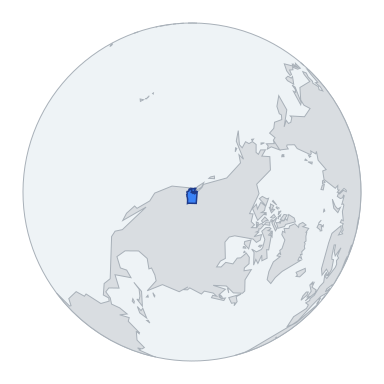 Washington highlighted on a globe, orthographic projection, rotated 96°
{"feature_id": "USA-3519", "entity_name": "Washington", "entity_type": "State", "adm_level": 1, "iso_a3": "USA", "parent_name": "United States of America", "parent_adm1": "", "projection": "orthographic", "projection_center": [-122.689, 47.279], "detail": "fine", "context": "on_globe", "style": "filled", "palette": "blue", "viewbox_px": 384, "rotation_deg": 96, "n_neighbors": 0, "source": "natural_earth", "source_scale": "10m", "svg_char_len": 13829}
<svg xmlns="http://www.w3.org/2000/svg" viewBox="0 0 384 384"><g transform="rotate(96 192 192)"><circle cx="192" cy="192" r="169" fill="#eef3f6" stroke="#a8b0b8"/><path d="M55.4,288.1L55.8,289.0L55.7,288.9L55.4,288.1ZM306.7,316.1L318.2,301.8L317.7,300.4L310.9,303.4L303.2,296.8L306.9,288.1L304.5,286.7L312.4,271.0L309.2,263.0L306.1,263.7L303.7,269.4L292.2,269.8L286.8,264.3L244.7,267.3L239.0,264.4L236.7,257.3L211.8,236.1L227.6,257.9L220.0,254.9L211.9,247.6L214.0,245.0L205.3,233.1L197.0,229.0L188.2,212.5L188.1,189.3L192.2,192.5L191.7,186.9L186.5,182.6L183.2,181.3L174.4,158.9L158.0,146.8L150.0,149.2L154.0,144.2L136.8,153.3L126.1,152.4L140.0,149.8L142.8,146.7L136.4,144.0L137.9,140.4L135.6,137.2L138.0,133.2L145.9,132.4L147.6,129.9L143.0,128.2L142.4,123.4L149.0,126.3L148.7,118.3L161.9,116.3L177.5,128.5L186.6,125.2L207.5,132.5L207.4,129.0L215.3,130.0L218.1,126.4L221.2,129.1L220.8,123.9L217.4,122.1L216.1,119.4L217.5,117.2L221.6,120.1L221.6,121.7L223.5,121.4L225.0,123.9L225.0,121.5L229.9,125.6L227.1,118.4L232.7,119.1L235.4,122.7L232.4,126.3L231.1,144.9L232.9,150.3L238.4,154.0L254.6,151.9L257.7,156.5L263.9,159.7L263.5,155.2L258.5,151.1L259.2,143.8L253.0,140.1L252.4,136.7L247.1,131.6L250.9,128.2L257.4,127.8L261.9,132.0L264.9,132.0L263.0,124.9L273.8,130.1L285.0,129.2L287.4,131.2L288.0,140.3L281.9,148.0L282.6,161.2L285.2,148.6L291.3,154.4L293.6,153.9L295.0,151.4L293.9,147.7L296.6,149.0L295.1,161.6L292.6,160.6L293.1,156.5L290.3,160.3L289.3,169.4L292.5,172.0L287.6,184.2L289.8,186.3L290.0,190.4L286.8,186.1L292.5,194.3L287.2,211.7L294.9,226.2L284.1,218.4L278.3,220.3L271.8,224.3L273.0,226.8L262.8,229.6L256.2,238.9L257.5,252.4L264.1,259.9L275.0,255.3L276.5,248.8L283.6,243.7L282.3,259.9L295.2,254.5L296.1,264.7L300.3,267.3L305.9,262.2L311.9,260.3L314.8,251.8L320.1,243.7L321.7,251.1L323.5,241.3L327.2,241.9L336.9,230.2L336.6,232.8L345.0,231.2L351.7,223.1L353.3,225.4L352.7,229.9L354.5,226.5L354.5,228.5L359.4,213.5L359.9,210.7L358.2,222.6L355.6,234.4L352.1,246.0L347.9,257.2L342.8,268.2L337.0,278.7L330.4,288.9L323.2,298.5L315.3,307.6L306.7,316.1ZM104.9,253.3L105.3,249.8L107.3,252.8L104.9,253.3ZM104.0,247.0L104.2,248.4L103.7,247.2L104.0,247.0ZM102.6,245.8L103.6,246.7L102.4,246.0L102.6,245.8ZM100.7,244.6L101.8,245.1L101.6,245.2L100.7,244.6ZM296.1,231.8L310.7,229.4L304.2,235.7L305.1,233.4L301.1,232.9L294.1,234.5L287.9,240.4L296.1,231.8ZM98.1,241.5L97.5,240.7L98.6,240.8L98.1,241.5ZM298.6,219.4L296.2,220.4L298.3,218.8L298.6,219.4ZM181.4,181.3L186.2,183.0L190.4,188.4L186.2,187.3L181.4,181.3ZM173.8,171.4L176.4,171.0L176.7,176.7L175.1,175.2L173.8,171.4ZM143.9,152.0L147.5,153.2L143.5,153.3L143.9,152.0ZM134.9,137.4L133.4,138.3L132.9,136.3L134.9,137.4ZM245.4,133.8L246.2,132.7L246.8,134.2L245.4,133.8ZM242.3,132.7L242.3,135.3L240.9,135.2L240.9,133.6L242.3,132.7ZM136.0,128.5L135.6,125.1L137.4,128.3L136.0,128.5ZM242.6,129.7L238.3,134.6L235.7,134.4L233.6,128.3L242.6,129.7ZM136.3,123.1L135.3,115.3L131.9,116.5L141.0,109.1L138.8,117.9L141.5,121.6L138.3,121.0L136.3,123.1ZM215.8,122.6L219.4,124.3L215.1,124.9L215.8,122.6ZM213.3,123.7L202.1,130.1L197.4,126.7L202.1,125.1L195.1,122.5L198.3,117.5L202.9,117.9L205.3,121.0L204.8,116.8L213.3,123.7ZM146.1,106.4L147.1,104.5L147.6,106.4L146.1,106.4ZM215.3,118.3L213.4,119.8L209.2,116.9L212.2,113.3L212.6,115.4L215.3,118.3ZM191.6,124.3L189.0,121.6L191.0,116.9L190.2,115.2L198.0,117.1L191.6,124.3ZM214.2,115.0L213.8,111.7L217.0,111.1L216.8,116.7L214.2,115.0ZM206.9,117.6L205.1,116.1L207.0,115.8L206.9,117.6ZM228.2,107.7L226.0,109.4L223.7,107.9L228.2,107.7ZM213.4,110.5L212.3,110.7L211.2,110.4L211.6,108.2L213.4,110.5ZM198.8,113.8L200.2,112.4L195.7,112.7L197.0,109.3L202.0,111.3L200.4,109.0L200.8,108.0L204.4,110.8L198.8,113.8ZM208.4,105.0L215.2,106.7L219.7,103.8L221.9,105.0L214.3,109.4L208.4,105.0ZM205.7,108.1L207.9,106.4L209.6,108.6L209.1,111.1L205.7,108.1ZM196.1,106.4L192.9,111.1L191.9,110.5L196.1,106.4ZM209.4,103.7L207.7,103.4L209.5,103.3L209.4,103.7ZM199.8,105.1L198.8,106.7L197.7,106.0L199.8,105.1ZM205.3,101.4L207.5,101.9L207.2,103.5L205.3,101.4ZM202.5,102.7L201.3,101.4L205.8,103.9L202.2,103.6L202.5,102.7ZM198.9,104.1L198.0,104.3L199.5,103.5L198.9,104.1ZM204.9,95.0L210.8,97.7L210.2,101.3L204.7,98.1L204.9,95.0ZM349.9,131.8L349.8,131.7L345.9,122.8L342.9,118.1L314.4,79.7L311.0,74.4L291.5,56.2L289.5,54.5L294.7,57.9L292.2,56.0L301.7,63.5L310.6,71.6L318.9,80.4L326.5,89.8L333.5,99.6L339.7,110.0L345.2,120.7L349.9,131.8ZM259.3,37.0L259.5,37.1L242.7,30.9L227.2,26.7L243.5,31.1L259.3,37.0ZM226.3,26.6L226.0,26.5L233.9,28.8L227.8,27.8L236.4,29.8L234.7,29.0L240.0,30.4L241.9,31.3L239.7,30.8L243.9,32.4L253.5,35.0L252.8,34.5L265.4,40.0L265.4,39.8L269.9,42.1L271.2,43.2L269.2,42.5L274.2,47.8L277.4,48.9L273.0,44.2L275.4,45.7L279.7,47.9L278.4,47.5L282.4,53.0L292.1,60.7L308.7,72.9L313.5,78.6L315.7,83.2L305.4,77.9L295.8,66.0L292.1,64.5L290.4,67.3L287.6,63.6L285.8,63.5L281.8,59.5L272.6,55.1L268.0,51.6L261.0,51.3L257.7,49.7L262.8,50.2L263.9,48.9L252.0,41.6L248.8,40.6L245.1,41.1L242.3,39.3L240.4,40.8L231.9,38.0L240.6,42.9L236.6,44.3L229.6,43.7L229.8,45.1L241.2,46.2L244.3,45.9L244.5,44.2L254.4,45.0L259.2,47.3L254.7,50.2L261.1,54.0L254.8,55.2L228.0,50.7L218.5,48.5L210.1,40.4L214.3,39.5L219.4,41.8L217.8,37.8L216.4,39.0L214.1,37.7L209.7,39.1L207.8,38.2L206.8,41.3L204.0,40.4L204.7,38.5L195.8,40.4L189.1,39.6L188.0,40.5L188.7,41.7L179.8,40.2L179.3,41.0L182.1,41.7L183.0,43.8L181.2,47.0L178.2,46.3L178.5,45.0L174.5,41.6L175.6,38.6L174.2,38.7L172.5,41.2L177.4,45.3L177.1,47.5L174.2,45.6L175.2,46.5L174.2,47.4L170.3,47.7L173.3,49.9L165.7,62.0L157.4,64.2L155.7,60.9L147.2,69.9L138.6,72.5L141.1,73.0L138.8,78.2L141.5,77.4L142.5,78.1L137.8,91.9L134.3,95.0L135.2,102.3L136.5,102.7L139.1,100.8L141.0,109.1L131.9,116.5L129.3,115.1L125.3,121.0L120.1,117.3L114.0,117.2L110.6,110.3L106.0,111.1L105.0,113.4L98.0,116.5L87.1,115.8L100.4,106.3L117.6,107.2L111.0,105.7L113.8,103.2L112.3,101.0L107.5,100.5L106.1,102.2L105.4,88.0L96.6,83.3L94.0,89.7L89.1,93.5L76.8,95.6L69.8,86.4L63.2,92.9L60.7,94.4L61.7,90.8L65.4,88.5L69.3,83.7L71.2,83.2L74.1,77.3L77.0,76.3L77.8,72.5L74.0,75.4L70.4,80.7L69.8,78.4L62.1,86.5L57.8,90.5L58.4,88.6L66.5,78.9L75.2,69.9L84.6,61.5L94.6,53.9L105.2,47.1L116.2,41.0L127.6,35.8L139.4,31.4L151.5,28.0L163.8,25.4L176.3,23.8L188.8,23.1L201.4,23.3L213.9,24.5L226.3,26.6ZM327.2,92.5L328.7,94.0L327.2,92.5ZM204.1,23.5L206.7,23.8L200.9,23.4L200.6,23.7L204.3,24.0L214.2,24.6L210.8,24.1L204.1,23.5ZM337.2,229.7L338.5,229.7L337.1,231.7L337.2,229.7ZM304.3,239.7L306.9,237.9L308.6,238.1L306.8,240.1L304.3,239.7ZM324.2,222.1L326.7,220.2L324.5,223.6L324.2,222.1ZM312.8,228.8L322.1,223.9L317.7,231.3L311.6,234.4L315.3,230.3L312.8,228.8ZM299.3,225.1L301.1,224.5L301.2,226.4L299.3,225.1ZM300.1,218.2L299.5,218.9L298.2,218.2L300.1,218.2ZM291.4,153.7L291.6,152.7L293.5,150.8L293.5,153.0L291.4,153.7ZM296.4,135.7L300.7,138.3L297.7,137.8L298.5,141.1L293.2,144.4L288.4,132.5L291.5,137.1L296.4,135.7ZM284.7,146.0L288.6,144.9L284.5,146.5L284.7,146.0ZM279.5,67.8L279.3,65.9L282.6,66.9L288.3,72.3L283.7,70.8L279.5,67.8ZM278.3,63.1L272.2,65.1L268.4,62.1L271.6,63.4L269.6,61.2L274.2,62.7L276.4,58.3L279.5,59.0L288.5,68.0L283.9,64.5L284.4,66.5L278.3,63.1ZM263.7,78.5L261.0,80.1L256.1,71.4L259.2,70.9L265.1,76.0L265.1,79.6L263.7,78.5ZM239.8,118.3L239.1,120.1L237.9,119.2L237.6,116.9L239.8,118.3ZM227.3,108.6L241.6,109.7L241.5,111.7L250.0,110.4L253.1,115.3L247.5,116.0L256.2,119.0L252.4,121.5L258.3,123.1L245.6,124.0L242.5,126.7L244.8,121.7L242.0,117.1L239.9,115.9L231.6,114.6L223.7,118.5L219.7,114.8L219.0,111.1L220.3,109.6L222.5,112.4L222.6,108.4L226.8,111.4L227.3,108.6ZM212.9,75.1L214.9,78.2L216.0,72.1L220.1,74.4L220.0,73.6L224.1,74.1L228.9,73.5L230.4,75.0L231.6,74.1L234.3,74.6L236.5,73.9L239.9,76.6L242.8,76.0L242.8,77.6L246.9,76.0L245.4,78.4L248.8,79.5L248.5,76.6L261.6,94.1L268.3,100.2L274.8,104.1L271.3,108.1L263.0,107.2L253.0,103.8L247.1,97.6L246.6,100.8L243.6,98.8L245.2,97.1L240.9,98.6L238.9,96.6L230.0,94.6L225.0,98.2L221.6,97.8L222.6,95.3L218.6,96.6L218.1,91.8L215.7,91.4L212.8,86.4L216.0,82.3L213.0,82.2L210.7,78.7L212.9,75.1ZM204.3,93.5L207.2,87.6L210.9,86.1L214.4,95.4L216.7,96.4L219.1,102.7L213.6,104.9L213.5,102.8L212.0,101.4L214.3,101.3L211.4,100.3L211.1,97.5L208.7,96.1L210.3,94.5L204.3,93.5ZM285.6,51.9L283.7,50.5L280.4,48.4L283.1,49.8L285.6,51.9ZM288.5,55.6L286.6,54.1L288.8,54.8L290.7,56.3L288.5,55.6ZM283.7,53.0L286.3,54.0L286.0,54.4L283.7,53.0ZM260.8,49.1L258.5,47.9L259.0,47.5L261.1,47.9L260.8,49.1ZM216.9,58.8L217.4,60.5L216.3,60.6L214.1,64.0L210.9,62.7L210.9,60.2L216.9,58.8ZM213.0,58.0L212.5,59.5L211.1,57.9L213.0,58.0ZM208.4,62.0L206.5,60.5L210.2,63.0L208.4,62.0ZM52.8,96.2L54.3,94.2L54.5,94.1L52.2,97.2L52.0,97.4L52.8,96.2ZM184.4,51.7L191.1,48.1L193.7,45.2L191.8,42.8L197.3,44.8L193.3,49.3L184.4,51.7ZM168.3,60.6L170.0,63.1L167.4,63.4L166.6,62.8L168.3,60.6ZM170.6,61.2L176.2,61.7L176.0,64.0L171.6,63.1L170.6,61.2ZM194.8,58.9L197.0,57.9L198.0,59.1L194.8,58.9ZM52.9,286.1L54.7,288.9L53.1,286.8L52.9,286.1ZM55.7,288.9L53.7,286.6L55.4,288.1L55.7,288.9ZM39.2,264.0L40.3,266.2L40.0,265.8L39.2,264.0ZM38.6,262.8L38.4,262.2L39.1,263.9L38.6,262.8ZM31.2,243.8L31.4,244.1L31.8,245.3L31.2,243.8ZM30.2,240.3L29.3,237.3L29.1,236.7L30.2,240.3ZM29.7,238.3L29.3,236.8L30.6,241.5L29.7,238.3ZM27.5,230.2L28.9,235.8L27.5,230.1L27.5,230.2ZM27.1,228.5L26.4,225.2L27.1,228.5ZM25.0,217.8L26.1,223.7L26.1,224.0L25.7,221.9L25.0,217.8ZM24.0,210.4L24.2,211.5L24.2,211.4L24.0,210.4ZM23.5,204.7L23.9,209.1L24.4,213.6L24.4,213.4L23.5,204.7ZM54.2,104.3L56.4,102.3L55.6,105.1L54.3,105.7L54.2,104.3ZM54.9,113.6L56.1,105.3L57.4,99.1L55.6,101.9L53.3,102.5L57.6,97.2L58.8,99.9L57.3,105.0L59.9,104.4L60.5,107.7L64.7,105.3L65.9,106.6L61.6,110.5L54.9,113.6ZM66.6,104.1L74.2,102.1L71.3,108.7L69.0,110.7L66.8,108.7L68.4,105.2L66.6,104.1ZM75.2,103.6L76.9,100.4L91.5,92.8L93.9,93.0L81.2,101.7L82.1,99.3L79.0,100.1L75.2,103.6ZM145.3,104.5L146.9,104.5L145.3,105.7L145.3,104.5ZM144.1,77.6L145.2,78.7L143.3,79.9L144.1,77.6ZM147.4,82.7L148.8,80.5L148.6,83.1L147.4,82.7ZM151.6,75.7L149.9,79.8L149.7,75.5L151.6,75.7Z" fill="#d9dde1" stroke="#a8b0b8" stroke-width="1"/><path d="M191.9,186.9L202.9,186.6L203.5,194.2L203.7,194.6L203.8,194.9L203.7,195.0L203.9,195.3L199.5,195.6L199.4,195.8L198.4,195.9L198.2,196.0L197.7,196.2L197.3,196.3L197.1,196.5L196.9,196.5L196.6,196.6L196.2,196.5L195.7,196.8L195.4,196.8L195.2,196.9L195.1,196.7L194.9,196.6L194.3,196.6L194.0,196.6L193.8,196.6L193.5,196.8L192.9,197.0L192.5,197.0L192.3,196.9L192.0,196.9L191.9,196.8L191.9,196.7L191.9,196.4L191.8,196.1L191.8,195.8L191.7,195.7L191.4,195.4L191.1,195.2L190.8,195.3L190.6,195.2L190.4,195.0L190.1,195.0L190.0,194.9L189.8,195.0L189.7,194.9L189.6,195.0L189.4,194.8L189.2,194.9L189.2,195.0L189.2,194.5L189.2,193.9L189.3,193.9L189.3,194.1L189.3,194.6L189.5,194.5L189.5,194.4L189.6,194.2L189.4,193.9L189.6,194.0L189.5,193.8L189.5,193.7L189.7,193.8L189.8,193.8L189.8,193.7L189.6,193.5L189.4,193.6L189.2,193.6L189.1,193.1L189.2,193.3L189.3,193.3L189.3,193.2L189.2,193.2L189.3,193.1L189.7,192.9L189.3,192.8L189.3,192.7L189.1,192.7L189.1,192.9L189.1,193.0L189.0,192.7L189.0,192.2L188.9,191.9L188.7,191.7L188.7,191.2L188.6,190.6L188.4,190.4L188.3,190.2L188.2,190.2L188.1,189.9L188.1,189.5L188.0,189.3L188.1,189.2L188.1,188.9L188.0,188.7L188.3,188.7L188.6,189.0L188.8,189.1L189.0,189.1L189.3,189.3L189.5,189.4L189.8,189.4L190.0,189.4L190.2,189.5L190.3,189.4L190.4,189.5L190.6,189.5L190.9,189.5L191.1,189.4L191.3,189.5L191.4,189.8L191.4,189.6L191.5,189.6L191.7,189.8L191.6,189.6L191.8,189.5L192.1,190.2L192.0,190.3L191.9,190.5L191.8,190.8L191.7,190.8L191.8,190.5L191.8,190.3L191.7,190.5L191.7,190.4L191.6,190.5L191.6,190.9L191.3,191.2L191.3,191.4L191.1,191.5L191.1,191.8L191.6,191.7L191.3,191.7L191.2,191.7L191.3,191.3L191.5,191.1L191.9,190.9L191.9,190.6L192.1,190.3L192.1,190.0L192.3,190.2L192.4,190.5L192.2,190.7L192.2,190.8L192.1,190.7L192.1,190.8L192.2,191.1L192.0,190.9L192.0,191.0L192.0,191.3L192.3,191.1L192.3,191.3L192.3,191.7L192.2,191.8L192.3,191.9L192.2,192.0L192.0,191.9L192.1,191.7L191.9,191.8L191.9,192.0L191.9,192.3L191.7,192.1L191.8,192.0L191.8,191.9L191.8,191.7L191.7,191.9L191.5,192.0L191.4,192.3L191.2,192.4L191.3,192.4L191.2,192.5L191.5,192.3L191.4,192.5L191.5,192.4L191.5,192.6L191.6,192.4L191.9,192.6L192.1,192.4L192.2,192.2L192.3,192.0L192.3,191.9L192.5,192.0L192.5,191.9L192.7,191.7L192.6,191.4L192.6,191.1L192.5,190.9L192.6,190.7L192.6,190.3L192.7,190.2L192.9,189.9L193.0,189.8L192.9,189.8L192.7,189.6L192.6,189.2L192.5,189.3L192.4,189.4L192.5,189.5L192.4,189.4L192.3,189.1L192.5,189.1L192.4,188.8L192.2,188.7L192.3,188.6L192.2,188.6L192.0,188.4L192.2,188.5L192.2,188.4L192.3,188.5L192.4,188.3L192.2,188.1L192.3,188.2L192.5,188.2L192.4,188.0L192.4,187.9L192.4,187.7L192.2,187.6L192.0,187.4L191.8,187.3L191.8,187.2L191.9,186.9ZM192.6,189.8L192.7,190.0L192.4,189.9L192.3,190.0L192.2,189.9L192.2,189.7L192.2,189.4L191.9,189.3L191.9,189.1L192.1,188.7L192.2,188.8L192.3,188.9L192.3,189.0L192.2,189.0L191.9,189.2L192.0,189.2L192.2,189.3L192.3,189.9L192.3,189.7L192.6,189.8ZM191.4,188.4L191.5,188.5L191.3,188.5L191.1,188.4L191.0,188.1L191.4,188.3L191.4,188.4ZM191.9,187.9L191.7,188.1L191.6,187.8L191.7,188.1L191.4,188.0L191.6,187.8L191.9,187.9ZM192.5,191.6L192.4,191.8L192.5,191.7L192.4,191.7L192.4,191.8L192.4,191.5L192.4,191.4L192.5,191.3L192.5,191.6ZM191.7,188.3L191.7,188.5L191.8,188.5L191.7,188.6L191.5,188.4L191.6,188.2L191.7,188.3ZM192.4,191.0L192.2,191.0L192.2,190.9L192.3,190.7L192.4,190.8L192.4,191.0ZM191.6,192.0L191.7,192.3L191.5,192.1L191.7,191.9L191.6,192.0ZM191.9,189.6L192.0,189.6L192.0,189.9L191.9,189.7L192.0,189.7L191.9,189.6ZM192.0,192.3L192.0,192.5L191.9,192.4L192.0,192.3ZM192.1,187.9L192.1,188.0L192.1,187.9L191.9,187.8L191.9,187.7L192.1,187.9ZM191.9,188.1L192.0,188.2L192.0,188.3L191.9,188.1L191.9,188.1ZM189.4,194.3L189.4,194.5L189.3,194.4L189.4,194.3ZM190.5,195.2L190.7,195.3L190.5,195.2L190.5,195.2ZM191.2,186.9L191.3,186.9L191.2,187.0L191.2,186.9Z" fill="#3b82f6" stroke="#1e3a8a" stroke-width="1.5"/></g></svg>